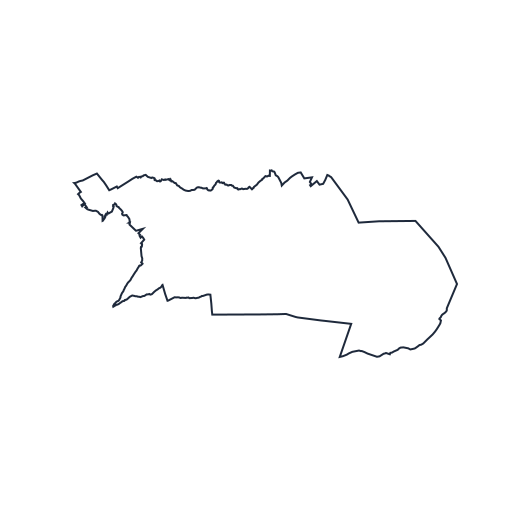 Nanacamilpa de Mariano Arista, Tlaxcala, Mexico, rotated 223°
{"feature_id": "50627088B60175969461115", "entity_name": "Nanacamilpa de Mariano Arista", "entity_type": "district", "adm_level": 2, "iso_a3": "MEX", "parent_name": "Mexico", "parent_adm1": "Tlaxcala", "projection": "natural_earth1", "projection_center": [-98.513, 19.508], "detail": "fine", "context": "isolated", "style": "outline", "palette": "slate", "viewbox_px": 512, "rotation_deg": 223, "n_neighbors": 0, "source": "geoboundaries", "source_scale": "gbopen_adm2", "svg_char_len": 6088}
<svg xmlns="http://www.w3.org/2000/svg" viewBox="0 0 512 512"><g transform="rotate(223 256 256)"><path d="M259.1,363.9L257.2,358.8L256.1,354.6L258.2,351.5L262.6,352.3L263.6,344.4L264.7,344.7L264.2,346.3L267.1,346.9L268.7,351.7L273.6,345.7L280.3,347.6L282.1,345.4L283.1,342.3L284.0,338.7L284.4,336.3L284.5,332.5L285.2,329.3L285.2,325.1L287.4,326.7L293.3,328.8L293.7,328.9L294.9,328.9L296.6,328.5L299.2,329.8L300.1,330.1L300.5,330.0L301.8,329.1L302.4,329.1L303.0,329.3L303.6,328.3L304.1,328.0L300.5,324.0L301.1,323.5L301.5,323.5L302.2,321.6L303.5,321.0L303.6,320.8L303.6,317.5L303.9,316.9L303.9,316.4L303.6,316.0L303.6,315.5L304.0,314.2L304.3,311.4L304.0,308.7L304.6,305.2L304.5,304.8L304.3,304.5L304.2,304.0L304.5,303.6L304.5,303.4L304.5,303.1L304.3,302.4L304.4,302.0L307.9,302.2L308.2,301.3L308.0,300.1L308.3,299.0L309.6,297.9L311.0,296.1L312.0,295.9L312.5,295.5L312.9,294.4L313.7,293.6L314.1,292.7L314.3,292.5L315.0,292.4L315.5,292.8L316.1,292.8L316.7,292.1L318.6,291.2L320.8,291.6L321.6,291.0L322.4,291.1L323.8,289.9L324.1,288.9L324.6,288.7L324.9,288.3L326.2,288.2L326.7,287.6L327.2,287.2L327.8,287.4L328.5,287.3L329.4,287.8L329.6,287.7L330.2,286.5L331.3,286.5L331.5,286.0L332.6,285.0L333.3,284.9L334.4,285.7L334.9,285.5L335.1,284.6L335.2,284.0L335.0,283.0L335.1,282.2L334.4,280.7L334.5,279.0L334.1,277.6L334.3,276.6L334.2,276.5L333.7,276.0L333.4,275.4L333.5,274.0L333.7,273.1L334.1,272.6L334.7,272.4L335.0,271.9L335.8,271.5L337.1,271.5L338.0,272.1L338.5,272.0L338.6,271.5L340.8,269.3L342.7,268.6L343.3,268.0L344.3,267.6L344.7,267.1L345.1,267.0L345.6,266.3L345.9,265.6L346.0,264.2L346.0,263.0L346.2,262.5L346.5,261.9L348.1,260.4L348.5,259.0L348.9,258.4L349.6,257.6L350.3,257.0L352.2,255.8L354.3,255.1L355.8,255.0L356.9,254.7L358.6,254.4L360.1,254.6L361.8,253.9L364.4,254.6L365.3,253.9L368.2,253.7L368.7,252.9L370.7,253.7L370.5,252.6L371.4,252.4L372.2,252.9L374.1,250.0L374.7,250.0L375.1,248.8L377.2,247.8L376.7,245.8L376.9,245.2L377.1,245.0L377.3,244.9L378.1,245.2L378.2,244.7L378.5,244.5L379.1,243.5L379.4,243.2L379.9,243.1L380.5,243.2L381.3,242.8L381.6,242.5L382.0,242.4L382.2,242.5L382.5,243.3L382.8,243.5L383.0,243.3L383.5,243.5L383.9,243.5L384.6,243.1L385.1,242.7L385.5,242.6L385.7,241.7L389.1,240.1L392.0,240.1L393.1,238.4L393.2,238.2L393.2,237.2L394.2,235.7L393.9,235.0L393.9,234.7L394.1,234.6L394.8,234.7L395.5,234.1L395.8,233.4L395.7,232.7L397.6,232.4L399.0,228.3L400.2,223.4L403.4,211.3L405.2,211.9L407.5,205.6L408.2,204.0L413.5,205.4L417.9,206.4L420.2,206.6L428.6,207.8L430.4,203.7L434.2,193.1L435.6,191.1L436.4,189.7L437.3,187.4L438.1,186.1L438.7,185.4L437.7,185.4L427.8,183.4L428.2,181.9L428.3,179.9L426.9,179.9L423.3,178.6L419.6,178.2L417.1,177.7L418.0,176.0L418.4,174.2L417.0,173.8L417.0,175.6L416.5,176.9L413.1,176.2L413.7,175.1L412.5,175.1L411.3,175.2L410.2,175.6L406.0,177.7L404.7,179.2L404.0,179.9L401.7,180.5L399.1,180.1L398.8,180.2L397.7,180.2L397.2,180.5L396.7,181.0L396.3,181.0L394.7,179.7L392.2,177.1L392.0,177.7L392.3,178.5L392.4,180.3L392.8,180.8L392.8,181.4L393.4,181.6L393.3,182.2L393.7,182.3L393.5,182.8L394.2,183.5L394.4,184.3L394.4,184.5L393.4,184.6L394.2,186.6L393.3,186.4L392.8,186.5L392.5,187.7L392.0,189.2L391.7,190.2L392.6,192.6L393.2,194.1L393.7,194.9L394.0,194.7L394.7,195.0L394.9,195.6L394.9,196.1L395.2,196.2L394.6,197.6L394.9,198.3L393.7,198.4L392.9,198.1L392.2,197.5L390.9,197.6L389.9,198.1L388.9,197.8L386.3,197.8L384.3,197.5L383.7,197.3L383.3,197.1L383.1,196.8L382.8,195.6L382.0,195.1L380.6,195.3L378.6,197.7L377.8,197.4L376.4,197.3L373.9,196.7L372.2,195.4L371.3,194.0L371.4,193.7L371.1,193.9L370.9,194.3L369.9,192.7L361.0,192.6L360.9,192.7L357.3,198.7L357.5,192.5L355.2,192.4L355.0,191.4L352.9,190.7L352.8,192.5L350.8,192.3L348.9,191.7L348.8,187.0L347.8,187.2L347.2,186.8L347.1,186.2L346.6,186.0L345.9,184.9L345.9,184.0L346.1,183.9L345.6,183.2L339.6,177.8L337.6,176.7L336.1,175.0L335.6,173.0L334.0,173.1L333.7,173.0L333.8,170.7L334.0,170.1L334.3,169.8L334.6,169.7L334.7,169.4L334.7,168.9L334.4,168.1L334.1,166.2L333.5,164.1L333.4,163.4L333.4,162.6L332.8,159.1L332.3,156.8L332.2,155.6L331.4,152.7L331.4,150.5L331.5,149.7L331.3,148.0L330.7,145.7L330.6,144.3L329.8,142.1L329.5,140.9L329.0,139.8L328.7,137.4L327.5,134.0L327.0,133.5L326.7,132.8L326.1,130.5L326.0,129.8L326.1,129.2L326.6,128.2L326.9,127.2L326.8,126.3L326.9,124.9L326.9,123.6L326.5,123.1L326.4,122.0L325.8,121.6L325.2,123.8L325.0,124.1L324.9,125.0L324.2,125.9L323.7,127.1L323.3,129.3L322.9,130.8L322.9,131.6L322.6,132.2L321.8,133.1L321.7,133.9L321.9,134.1L321.9,134.4L320.9,135.8L320.7,137.3L320.5,140.0L319.6,142.7L317.5,144.0L316.9,144.2L315.7,145.3L314.8,145.6L314.0,146.2L313.7,146.5L312.5,147.1L311.4,149.5L310.4,150.7L309.8,153.3L308.7,154.4L308.1,155.5L307.7,155.6L307.0,155.6L306.2,156.9L306.1,157.4L306.0,160.4L305.7,162.7L305.2,164.4L304.9,166.4L304.5,167.2L304.3,167.9L304.3,169.2L304.7,170.6L304.6,171.1L296.6,166.3L290.2,162.9L289.8,163.5L287.4,170.3L286.0,171.4L285.3,172.2L284.1,173.2L282.6,173.8L282.0,174.5L281.8,174.9L278.6,177.6L278.3,178.3L277.6,178.9L277.1,179.6L276.0,179.7L274.1,181.7L273.2,182.9L271.6,183.7L270.9,184.5L270.4,185.3L269.6,186.3L269.3,186.9L269.1,187.8L268.6,188.6L268.3,189.9L267.6,190.5L265.6,194.3L264.5,195.5L263.0,196.6L256.2,190.7L250.9,185.8L248.0,183.3L213.1,216.1L200.3,228.3L194.5,234.1L185.5,238.4L183.6,239.5L164.6,253.1L161.4,255.5L140.1,271.3L125.9,239.3L124.1,242.0L123.2,243.9L122.3,245.8L121.7,248.0L120.2,251.6L116.2,257.1L114.4,258.0L113.9,258.6L111.2,259.7L107.9,260.7L98.8,264.8L97.2,266.9L96.0,271.6L95.3,272.5L94.8,273.7L91.1,275.4L91.7,276.8L90.7,278.0L90.1,280.1L88.4,284.0L88.3,286.1L87.8,287.6L85.9,289.7L81.7,292.3L79.4,292.9L77.1,296.2L76.7,297.0L76.0,300.3L75.7,302.4L74.8,303.6L74.2,305.3L74.0,306.2L73.8,312.0L73.3,319.1L73.5,322.9L73.9,325.9L74.9,331.0L75.3,332.5L76.8,335.0L79.0,335.0L79.2,335.7L79.1,337.2L79.6,338.5L79.8,339.9L79.6,341.2L79.3,342.4L79.1,343.7L79.1,344.8L79.2,345.8L79.5,346.5L80.8,347.9L89.9,372.6L116.2,383.9L128.9,387.2L163.3,390.4L189.8,365.2L203.7,350.4L227.5,359.8L254.7,364.9L255.7,364.8L256.7,364.4L257.5,364.5L259.1,363.9Z" fill="none" stroke="#1e293b" stroke-width="2"/></g></svg>